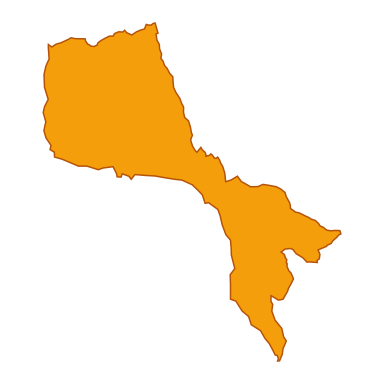 Koilineia, Paphos, Cyprus (Natural Earth projection)
{"feature_id": "46923920B51362656618106", "entity_name": "Koilineia", "entity_type": "district", "adm_level": 2, "iso_a3": "CYP", "parent_name": "Cyprus", "parent_adm1": "Paphos", "projection": "natural_earth1", "projection_center": [32.649, 34.878], "detail": "fine", "context": "isolated", "style": "filled", "palette": "amber", "viewbox_px": 384, "rotation_deg": 0, "n_neighbors": 0, "source": "geoboundaries", "source_scale": "gbopen_adm2", "svg_char_len": 2723}
<svg xmlns="http://www.w3.org/2000/svg" viewBox="0 0 384 384"><path d="M48.4,44.6L48.3,46.8L49.1,58.9L45.9,66.1L44.0,74.6L44.5,87.3L48.2,99.4L44.6,106.5L43.2,112.5L45.8,121.8L43.9,130.6L46.0,137.9L51.0,145.4L50.1,149.7L54.3,152.1L54.5,157.0L62.1,159.2L78.4,166.1L86.8,166.1L98.4,169.7L103.0,168.0L113.0,166.7L116.5,173.5L117.1,176.8L121.1,177.1L122.2,173.8L129.0,176.3L131.2,179.3L134.9,174.6L146.6,175.5L155.2,176.0L161.2,177.1L174.7,179.3L182.0,180.1L192.3,184.8L197.2,189.5L202.3,194.8L205.1,203.3L208.6,202.7L217.8,209.4L220.2,216.0L222.1,224.5L225.9,234.7L230.5,240.2L231.3,250.1L231.3,254.8L234.8,268.6L230.2,274.7L230.5,284.8L230.5,299.2L235.9,301.1L242.1,311.0L248.6,316.5L251.3,324.8L260.5,330.6L265.1,338.6L269.2,343.5L273.1,350.7L274.4,353.3L275.1,354.9L277.2,355.4L278.4,358.7L277.6,361.0L279.6,360.8L282.3,354.2L283.0,348.8L286.3,341.0L283.6,336.7L281.8,328.5L275.1,320.2L271.8,311.0L272.7,304.5L270.9,301.1L271.1,295.7L278.4,300.1L283.0,299.3L287.6,291.2L288.5,288.3L291.1,283.7L293.5,278.8L291.0,273.0L288.8,270.7L286.9,266.2L287.2,263.8L286.3,262.5L286.8,259.7L285.5,258.0L284.4,254.6L281.1,252.1L285.0,249.1L290.0,248.5L292.7,249.3L296.2,253.7L297.3,254.4L302.8,257.7L306.9,262.1L309.1,261.9L317.3,262.5L317.0,260.5L319.3,258.8L319.9,254.3L318.1,249.9L326.6,246.3L326.9,245.4L331.1,243.5L332.8,240.9L337.1,237.0L338.5,235.1L340.8,234.0L340.6,232.7L339.9,230.7L338.3,230.5L334.2,230.5L331.1,230.8L327.4,230.3L325.7,229.4L323.5,227.4L320.1,225.9L318.7,223.7L315.4,220.5L311.4,219.2L308.2,217.2L306.2,216.4L301.9,214.2L298.7,212.7L295.7,212.2L293.6,210.7L290.5,208.5L290.3,205.6L289.6,202.7L286.2,196.5L285.0,192.5L280.7,189.0L276.4,186.8L269.4,185.4L263.0,184.4L257.9,186.6L250.7,186.8L246.1,184.2L241.3,181.5L237.4,176.2L230.9,180.1L225.7,181.7L224.7,173.0L222.8,166.7L220.8,163.3L219.4,159.8L217.7,157.1L216.0,158.4L214.5,158.2L212.4,155.2L210.9,153.9L209.5,155.3L205.8,156.2L205.9,154.5L205.1,152.3L202.3,149.9L200.9,147.4L196.9,152.3L195.1,150.4L192.5,146.0L190.6,140.0L192.4,135.2L191.3,132.3L190.9,129.6L190.3,126.6L188.5,120.9L184.7,117.5L183.5,112.4L183.6,107.1L181.6,103.3L179.8,98.4L176.0,92.6L173.6,87.4L173.0,81.0L172.8,76.8L169.7,73.4L167.0,68.2L164.7,65.8L163.0,61.1L160.9,58.4L161.6,54.1L159.6,49.0L159.3,44.4L156.9,40.1L156.1,33.8L158.0,33.1L155.9,25.8L155.1,23.0L153.3,23.4L150.9,25.2L147.6,24.9L146.3,24.4L145.9,25.2L144.6,28.9L140.0,30.3L136.3,31.9L131.8,35.0L126.5,32.6L124.7,30.3L122.8,32.0L118.6,31.8L114.5,33.6L113.3,36.0L109.2,36.2L104.8,38.4L100.9,40.6L98.1,42.7L96.9,45.2L94.2,46.5L90.8,46.1L89.5,44.9L87.8,44.2L85.6,41.1L85.1,38.8L75.3,38.7L71.1,37.8L68.5,39.3L60.9,42.8L56.0,44.2L51.8,47.0L50.0,45.7L48.5,44.7L48.4,44.6Z" fill="#f59e0b" stroke="#b45309" stroke-width="1.5"/></svg>